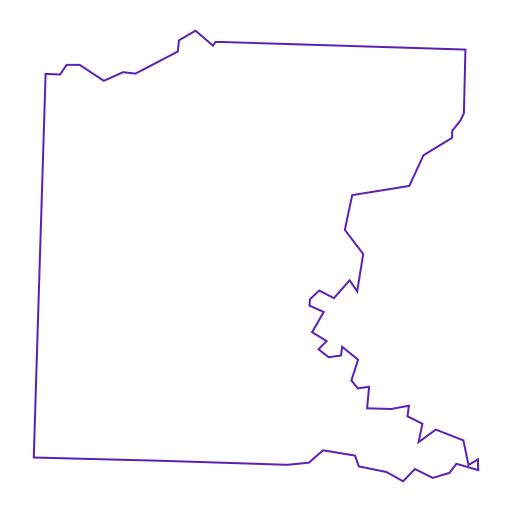 outline of Ouachita, Arkansas, United States of America
{"feature_id": "52423323B57223393950", "entity_name": "Ouachita", "entity_type": "district", "adm_level": 2, "iso_a3": "USA", "parent_name": "United States of America", "parent_adm1": "Arkansas", "projection": "mercator", "projection_center": [-92.764, 33.589], "detail": "fine", "context": "isolated", "style": "outline", "palette": "violet", "viewbox_px": 512, "rotation_deg": 0, "n_neighbors": 0, "source": "geoboundaries", "source_scale": "gbopen_adm2", "svg_char_len": 934}
<svg xmlns="http://www.w3.org/2000/svg" viewBox="0 0 512 512"><path d="M478.2,470.1L477.9,459.4L468.5,465.0L463.4,440.4L435.8,429.6L418.6,442.1L422.4,423.8L407.5,416.3L408.9,405.7L391.2,409.0L367.1,408.3L369.1,386.8L357.8,388.4L351.4,380.4L358.1,359.7L342.1,346.8L341.0,355.5L328.6,357.2L318.5,349.3L326.6,341.1L312.1,332.2L323.7,312.0L309.4,305.6L310.1,299.2L319.2,290.5L333.9,298.2L349.6,280.3L357.2,291.3L363.2,254.0L344.8,229.8L352.2,195.1L409.3,185.9L423.5,155.2L452.1,137.8L452.2,130.8L460.2,120.9L463.9,113.2L465.4,49.5L463.4,49.5L221.7,42.0L215.4,42.0L213.0,45.7L195.5,30.7L179.0,40.3L177.8,51.5L135.5,73.6L123.1,72.2L103.8,80.8L79.7,64.9L66.6,64.9L60.1,74.5L45.6,73.9L35.9,387.4L33.8,457.5L118.4,459.7L147.0,460.4L174.6,461.2L287.4,464.8L308.9,462.7L323.0,450.3L355.0,455.6L358.8,466.4L386.5,472.0L403.1,481.3L414.9,469.0L432.7,477.9L449.4,472.9L456.4,463.8L478.2,470.1Z" fill="none" stroke="#5b21b6" stroke-width="2"/></svg>